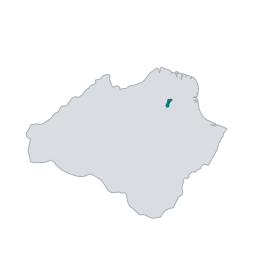 Anambra East, Anambra, Nigeria (highlighted), rotated 205°
{"feature_id": "59680162B18196869714953", "entity_name": "Anambra East", "entity_type": "district", "adm_level": 2, "iso_a3": "NGA", "parent_name": "Nigeria", "parent_adm1": "Anambra", "projection": "orthographic", "projection_center": [6.879, 6.476], "detail": "fine", "context": "in_parent", "style": "filled", "palette": "teal", "viewbox_px": 256, "rotation_deg": 205, "n_neighbors": 0, "source": "geoboundaries", "source_scale": "gbopen_adm2", "svg_char_len": 4707}
<svg xmlns="http://www.w3.org/2000/svg" viewBox="0 0 256 256"><g transform="rotate(205 128 128)"><path d="M202.1,56.3L209.2,65.8L210.8,72.9L211.4,76.4L212.6,76.8L214.7,76.9L216.3,77.6L217.2,78.8L217.8,79.8L218.0,80.5L217.6,84.8L217.1,86.3L217.5,88.4L217.4,89.3L217.2,89.9L216.3,90.6L215.0,91.4L212.0,93.4L211.1,93.8L209.8,93.8L208.7,94.3L207.4,95.5L204.6,99.6L202.2,103.7L200.5,110.4L198.4,112.5L198.0,114.4L197.8,118.5L197.5,119.8L197.1,120.2L194.8,121.0L193.4,121.9L192.7,123.8L191.7,130.2L191.4,131.3L190.6,132.4L189.4,133.6L188.4,134.3L185.7,134.8L183.2,139.6L183.2,140.5L182.1,144.9L180.1,148.2L180.0,150.3L177.6,153.2L176.3,155.2L177.7,157.3L177.8,157.6L173.5,161.1L173.3,161.7L173.1,164.1L172.8,164.7L172.0,165.6L170.9,166.6L169.7,167.4L168.4,167.9L167.1,168.1L166.4,167.8L166.0,167.1L165.2,164.2L164.8,163.5L164.0,163.0L160.7,159.7L158.7,158.6L158.2,158.7L157.9,159.0L157.4,160.6L156.8,161.2L155.8,161.5L153.9,161.5L152.6,161.3L152.3,160.9L151.6,159.7L147.5,162.7L146.1,163.3L144.3,166.8L141.7,168.6L139.9,170.1L135.2,174.9L134.2,176.3L133.3,178.4L131.3,187.4L128.0,193.0L127.5,194.2L127.3,194.2L126.9,194.7L125.6,194.4L125.0,193.3L124.3,193.2L122.9,191.7L122.6,191.9L124.0,195.8L123.5,197.3L119.5,197.3L116.0,197.8L113.6,197.8L112.4,197.3L111.8,195.8L111.6,196.0L111.5,196.7L110.7,197.3L108.1,197.5L106.9,196.5L105.9,195.4L104.9,194.9L105.0,195.3L106.2,196.4L106.1,198.0L103.9,199.8L102.5,199.9L101.7,199.1L101.2,197.8L101.0,196.0L100.4,194.7L100.1,194.7L100.5,196.8L100.5,198.7L101.6,200.1L100.0,200.6L98.1,200.7L97.8,200.1L97.6,198.9L97.3,198.6L96.9,200.6L93.0,201.2L92.4,201.1L92.3,200.7L92.6,200.2L92.5,199.2L91.7,200.0L91.5,201.4L91.0,201.6L89.5,201.4L87.9,200.7L85.3,198.9L82.1,195.9L81.5,194.6L80.6,193.0L78.9,188.5L79.2,188.3L80.0,188.5L80.4,188.1L79.0,187.8L78.7,187.5L78.7,186.5L78.7,185.3L80.7,184.7L81.2,183.9L81.5,183.2L79.0,184.3L76.6,183.0L76.1,182.3L76.4,181.7L79.1,181.7L80.1,181.1L79.5,180.9L78.5,180.9L78.1,180.5L78.1,179.6L77.8,179.8L77.3,180.6L75.7,181.2L74.8,180.6L74.7,179.3L74.5,178.7L73.7,178.2L71.0,174.7L67.5,171.7L64.5,169.7L59.8,168.7L50.0,168.7L49.5,168.4L50.1,167.9L51.0,167.6L54.1,166.0L53.6,165.8L50.3,166.8L49.2,166.9L47.7,168.9L38.1,169.2L38.2,168.3L38.6,165.7L39.2,163.9L38.6,161.8L38.4,159.8L38.9,159.2L39.0,158.5L38.9,153.4L39.5,152.7L39.5,152.2L38.5,150.0L38.5,148.4L38.4,146.8L38.0,146.1L38.5,139.9L38.4,138.4L38.7,137.3L38.9,134.7L38.9,132.1L39.6,128.0L43.7,127.5L44.7,125.9L45.3,123.9L45.1,121.9L46.5,120.1L48.1,118.6L48.0,116.9L48.5,116.4L49.2,116.0L50.3,115.8L51.6,114.9L52.3,113.4L52.9,111.1L51.9,109.4L51.9,109.0L52.3,108.1L53.0,107.2L53.5,107.0L54.7,107.2L55.1,106.8L55.9,104.2L55.8,103.5L54.7,101.7L54.1,97.0L53.8,96.3L53.0,95.5L50.8,92.1L50.8,90.5L51.8,88.5L52.4,87.5L53.3,87.0L53.5,86.5L53.2,85.9L52.8,85.5L52.7,84.6L53.2,83.3L53.1,81.9L53.4,74.8L55.2,73.4L57.9,71.0L59.3,68.6L60.0,66.8L61.0,60.6L62.4,60.0L65.1,57.8L68.8,56.5L71.1,56.1L75.3,56.4L77.4,56.1L79.2,54.9L80.0,54.6L81.1,54.4L91.5,57.6L92.4,57.5L93.2,57.7L94.5,58.5L97.5,61.5L100.7,66.1L101.7,67.1L102.7,67.6L103.7,67.8L104.5,67.7L105.2,67.3L106.2,66.4L107.8,66.0L109.0,66.1L115.4,62.6L116.1,62.5L120.0,63.3L125.5,66.8L129.9,69.1L133.0,69.9L136.6,70.4L142.9,70.5L147.5,65.5L149.2,64.4L151.3,63.5L155.6,62.5L162.8,61.8L169.6,62.0L173.8,62.9L178.2,64.4L180.2,66.0L183.2,66.2L185.3,65.8L186.0,64.3L188.1,62.3L191.3,60.4L193.9,59.0L196.0,58.4L197.9,56.9L199.4,56.4L202.1,56.3ZM108.3,199.5L106.8,199.9L105.8,199.8L107.2,197.8L107.9,198.2L108.7,198.4L108.3,199.5Z" fill="#d9dde1" stroke="#a8b0b8" stroke-width="1"/><path d="M100.8,166.1L101.0,166.2L101.5,166.5L101.3,167.0L101.2,167.5L101.2,167.8L101.3,168.0L101.4,168.5L101.5,168.9L101.4,169.1L101.4,169.3L101.1,169.4L101.0,169.6L101.1,169.8L101.2,170.0L101.0,170.6L100.4,171.2L100.4,171.5L100.4,171.9L100.4,172.0L100.5,172.0L100.8,172.0L101.0,171.9L100.9,171.9L100.9,171.7L101.0,171.7L100.9,171.6L101.0,171.6L101.3,171.5L101.3,171.4L101.6,171.3L101.8,171.3L102.0,171.1L102.2,170.9L102.3,170.8L102.6,170.6L102.8,170.7L102.9,170.8L103.2,170.8L103.4,170.6L103.5,170.5L103.4,170.3L103.3,170.1L103.3,169.9L103.2,169.7L103.2,169.1L103.1,168.9L103.0,168.7L102.6,168.9L102.3,169.0L102.0,168.8L102.1,168.5L102.0,168.1L102.1,167.9L102.1,167.7L102.3,167.3L102.3,167.2L102.2,166.7L102.2,166.4L102.3,166.3L102.5,166.4L102.4,166.2L102.6,166.0L102.6,165.8L102.8,165.6L102.7,165.3L102.7,165.2L102.8,165.0L102.8,164.9L102.7,164.9L102.7,164.7L102.8,164.7L102.8,164.4L102.7,164.4L102.7,164.5L102.6,164.4L102.4,164.4L102.4,164.5L102.3,164.4L101.6,163.6L101.4,163.7L101.3,163.9L101.2,164.0L100.9,164.2L100.7,164.3L100.6,164.5L100.6,164.8L100.7,165.1L100.7,165.4L100.8,165.7L100.8,165.9L100.8,166.1Z" fill="#14b8a6" stroke="#0f766e" stroke-width="1.5"/></g></svg>